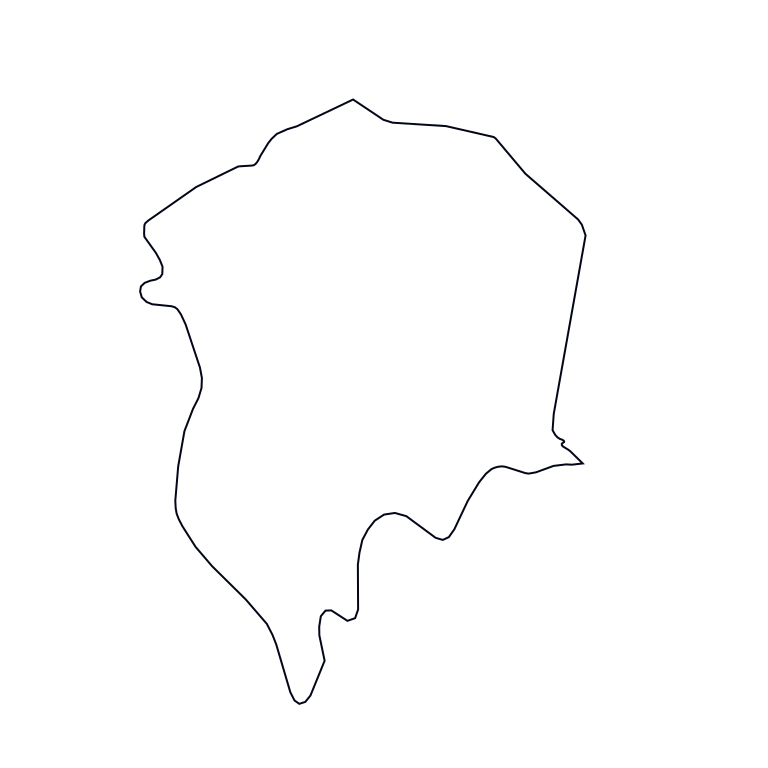 the border of Gezira, rotated 343°
{"feature_id": "SDN-875", "entity_name": "Gezira", "entity_type": "State", "adm_level": 1, "iso_a3": "SDN", "parent_name": "Sudan", "parent_adm1": "", "projection": "robinson", "projection_center": [33.161, 14.479], "detail": "fine", "context": "isolated", "style": "outline", "palette": "ink", "viewbox_px": 768, "rotation_deg": 343, "n_neighbors": 0, "source": "natural_earth", "source_scale": "10m", "svg_char_len": 1654}
<svg xmlns="http://www.w3.org/2000/svg" viewBox="0 0 768 768"><g transform="rotate(343 384 384)"><path d="M323.3,136.7L325.4,136.1L328.0,134.3L329.5,133.0L332.5,129.7L343.7,119.8L348.2,116.7L354.6,113.5L366.0,112.1L375.9,112.1L437.6,102.9L460.6,131.1L468.6,136.6L518.7,155.5L561.1,179.9L562.0,181.0L562.7,182.1L580.7,224.3L617.7,283.4L619.8,289.5L620.2,300.9L537.6,462.2L531.7,477.5L532.8,482.5L534.2,485.6L536.1,487.9L537.8,489.1L539.2,490.6L539.5,491.5L539.2,492.2L537.1,492.8L536.5,493.3L536.2,494.6L536.9,496.1L541.1,500.8L542.5,502.8L550.8,518.1L540.1,516.1L534.6,514.1L522.2,511.9L503.5,512.9L496.2,512.0L493.2,510.6L476.1,498.8L472.9,497.3L469.0,496.5L465.5,496.4L461.9,496.8L455.1,499.7L446.2,505.8L429.9,520.3L408.8,543.5L401.2,549.4L394.7,550.3L388.4,546.2L366.7,516.9L356.7,510.5L345.9,508.9L335.2,512.0L326.1,518.4L317.7,526.8L311.2,538.2L306.2,549.1L293.3,592.1L287.9,599.5L279.8,599.8L267.4,585.1L261.8,583.6L255.7,587.6L251.1,597.1L248.7,605.4L246.3,631.3L222.6,660.4L215.8,665.0L209.5,665.1L205.9,660.5L204.3,651.4L204.8,601.5L204.0,591.2L201.8,579.1L188.8,549.6L166.4,508.1L156.2,484.7L149.7,461.3L148.2,453.2L147.8,447.4L148.5,441.8L150.3,434.6L163.1,402.6L179.4,370.7L194.2,351.8L202.4,343.3L208.3,334.5L211.6,325.1L212.8,314.5L211.7,269.1L210.2,258.2L208.3,252.1L206.4,249.4L203.5,247.5L185.7,240.0L181.0,236.2L177.7,230.4L177.8,224.2L180.1,219.6L184.7,217.3L190.7,216.9L196.3,217.4L201.1,216.5L204.1,214.1L206.5,207.1L205.9,199.9L204.2,192.0L197.9,173.2L198.5,170.2L200.9,163.1L201.7,161.5L202.8,160.4L206.6,158.7L262.0,140.7L307.8,133.4L309.5,133.6L321.6,136.5L323.3,136.7Z" fill="none" stroke="#020617" stroke-width="2"/></g></svg>